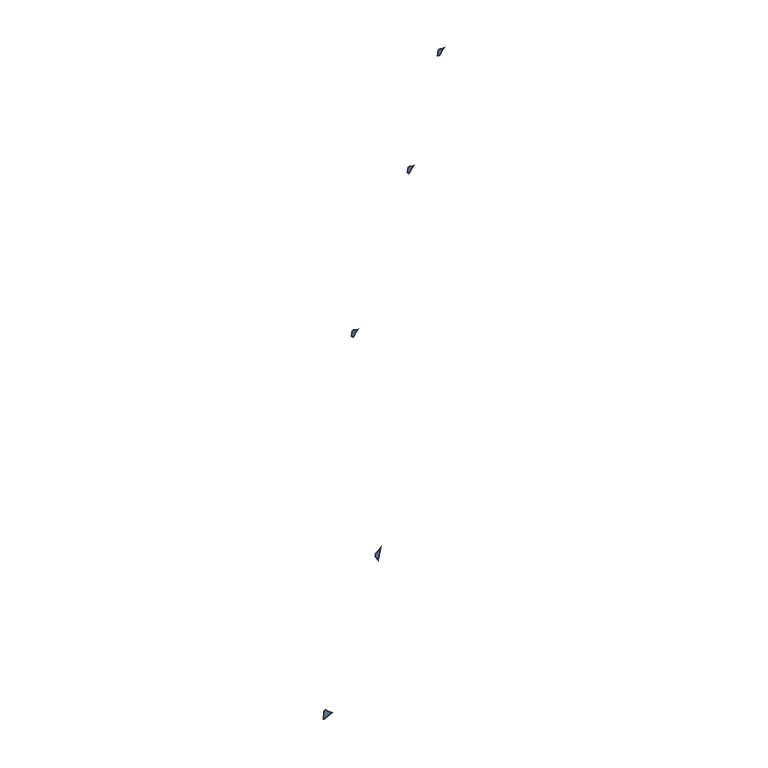 an SVG outline of Gaafu Alifu, rotated 24°
{"feature_id": "MDV-5240", "entity_name": "Gaafu Alifu", "entity_type": "Atoll", "adm_level": 1, "iso_a3": "MDV", "parent_name": "Maldives", "parent_adm1": "", "projection": "equal_earth", "projection_center": [73.409, 0.614], "detail": "fine", "context": "isolated", "style": "filled", "palette": "slate", "viewbox_px": 768, "rotation_deg": 24, "n_neighbors": 0, "source": "natural_earth", "source_scale": "10m", "svg_char_len": 749}
<svg xmlns="http://www.w3.org/2000/svg" viewBox="0 0 768 768"><g transform="rotate(24 384 384)"><path d="M470.2,705.3L465.1,715.3L465.1,715.5L462.8,709.2L462.2,707.6L463.0,705.3L466.3,705.8L470.2,705.3ZM447.6,534.6L447.7,534.9L450.4,547.5L445.9,545.0L445.3,542.3L446.5,539.0L447.6,534.6ZM337.9,344.8L337.2,348.6L337.2,351.9L336.7,353.8L334.7,353.6L333.4,348.9L334.1,346.8L336.4,346.1L337.9,344.8ZM322.3,172.6L321.6,176.4L321.6,179.6L321.0,181.8L320.1,181.5L319.1,181.2L317.9,176.4L318.9,174.6L319.0,174.6L319.9,174.2L320.8,173.9L322.3,172.6ZM302.1,52.5L301.5,55.5L301.4,55.9L301.4,58.9L301.2,60.0L301.1,61.3L300.2,61.8L299.3,62.5L299.2,62.5L297.8,57.7L298.5,55.4L300.5,54.0L302.1,52.5Z" fill="#64748b" stroke="#1e293b" stroke-width="1.5"/></g></svg>